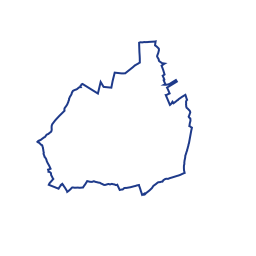 Varsolt, Salaj, Romania, rotated 120°
{"feature_id": "2599482B93915218658346", "entity_name": "Varsolt", "entity_type": "district", "adm_level": 2, "iso_a3": "ROU", "parent_name": "Romania", "parent_adm1": "Salaj", "projection": "robinson", "projection_center": [22.94, 47.205], "detail": "fine", "context": "isolated", "style": "outline", "palette": "blue", "viewbox_px": 256, "rotation_deg": 120, "n_neighbors": 0, "source": "geoboundaries", "source_scale": "gbopen_adm2", "svg_char_len": 5791}
<svg xmlns="http://www.w3.org/2000/svg" viewBox="0 0 256 256"><g transform="rotate(120 128 128)"><path d="M216.8,168.2L215.9,162.1L215.7,160.9L215.7,160.3L215.6,159.9L215.5,159.5L215.4,158.9L215.4,158.4L215.3,157.8L213.9,157.8L210.9,157.5L210.8,157.4L210.7,157.6L209.2,157.0L209.5,156.4L209.7,155.7L210.1,155.2L210.4,154.5L210.6,154.2L210.8,153.7L211.1,153.0L212.9,149.7L213.2,149.2L213.5,148.9L213.7,148.7L212.2,148.0L211.0,147.6L209.7,147.2L207.6,146.7L207.3,146.4L206.8,145.4L206.4,144.3L204.6,141.5L204.3,140.7L204.1,140.3L203.9,139.9L202.0,137.2L201.1,137.2L199.9,137.1L199.4,137.1L198.5,136.9L198.1,136.9L197.1,136.9L195.6,136.8L194.4,136.8L194.0,135.5L193.7,134.4L193.5,133.8L193.0,132.9L192.7,132.3L192.3,131.9L191.2,131.0L191.0,130.0L191.0,129.5L190.8,128.9L190.6,128.2L190.2,127.0L190.2,126.6L189.7,125.5L189.5,124.9L189.5,124.6L189.5,123.8L189.6,123.2L189.4,122.5L189.3,121.9L189.4,121.5L189.3,120.4L189.1,119.9L188.8,119.4L187.9,118.5L187.4,118.1L187.2,117.9L186.4,117.1L186.1,116.6L186.0,115.8L185.8,115.3L184.5,114.1L184.3,113.5L184.2,112.9L183.9,112.1L183.6,111.4L183.6,110.3L183.3,109.6L183.0,109.2L182.5,108.9L185.8,104.2L184.5,102.8L184.1,102.1L183.8,101.8L182.8,101.5L182.1,101.3L181.8,101.1L181.2,100.3L180.7,99.4L179.1,97.5L178.2,96.4L176.4,94.6L175.3,93.5L174.5,92.6L173.3,91.6L171.9,90.0L172.6,89.4L173.3,88.5L174.4,87.2L176.4,85.1L177.3,84.0L178.6,82.7L178.9,82.3L176.8,81.1L177.6,80.6L177.4,80.4L177.1,80.2L176.2,80.0L175.3,79.8L171.9,78.4L170.4,77.9L169.3,77.6L168.4,77.3L167.6,77.2L165.5,77.1L165.2,77.0L164.2,76.5L163.4,76.2L162.6,75.8L162.0,75.6L160.2,74.9L159.6,74.3L158.7,73.0L157.8,72.3L157.4,71.8L157.3,71.4L157.1,71.3L155.6,71.3L155.1,71.1L154.5,70.7L153.8,70.4L153.2,69.9L152.7,69.3L152.4,68.6L152.0,67.9L151.5,67.4L151.2,67.3L150.7,66.9L148.8,65.1L146.1,62.6L145.0,61.6L144.1,60.7L143.4,60.1L142.7,59.5L141.9,58.9L140.7,58.1L138.8,56.7L138.6,56.5L137.5,57.5L136.8,58.2L135.3,59.2L134.7,59.6L133.6,60.2L133.1,60.5L132.2,60.9L131.0,61.2L129.9,61.9L127.8,62.8L126.2,63.3L124.8,63.8L124.0,64.2L123.1,64.6L122.1,64.7L121.1,65.0L120.7,65.0L119.8,65.3L117.8,65.6L117.0,66.0L116.1,66.1L115.2,66.4L112.8,67.0L112.2,67.3L110.7,67.6L98.7,71.9L96.7,72.5L95.9,72.8L96.0,73.0L95.6,74.5L95.6,75.2L95.7,75.8L92.8,76.9L90.6,77.5L89.9,77.9L89.3,78.3L88.6,78.8L88.5,79.2L88.5,79.8L88.3,80.2L88.2,80.6L87.9,81.1L87.5,81.2L87.1,81.2L86.6,81.2L86.0,81.4L84.8,81.6L83.3,81.9L82.6,82.6L82.2,83.2L81.4,85.9L81.1,87.5L80.8,87.8L80.5,88.0L80.2,88.4L79.9,88.6L79.5,88.8L79.2,89.0L78.8,89.4L77.7,89.9L76.5,90.7L76.1,90.9L75.1,91.1L74.7,91.1L74.1,90.9L72.8,92.5L72.2,93.1L71.7,93.6L70.6,94.9L74.2,96.9L75.3,97.4L77.8,98.6L78.3,98.7L78.6,98.7L78.9,98.8L79.2,99.1L81.9,100.1L82.2,100.2L82.6,100.5L83.2,100.7L83.8,100.9L84.0,101.0L84.0,101.3L83.8,101.6L83.2,102.1L83.0,102.6L83.6,102.6L85.8,102.8L87.1,103.2L87.0,103.4L86.7,103.7L82.5,109.2L81.8,110.2L81.5,110.5L81.3,110.8L80.6,111.7L80.4,111.4L80.2,111.2L79.9,111.0L79.2,110.6L78.6,110.2L78.2,110.0L77.5,109.3L77.3,109.2L74.7,112.6L73.5,114.4L69.1,112.0L63.4,108.9L62.5,110.5L65.6,112.2L67.7,113.3L69.0,114.0L70.3,115.1L71.4,116.5L72.1,117.6L72.3,118.1L72.4,118.3L71.3,117.6L70.1,119.3L68.9,120.9L68.7,120.7L68.3,120.6L68.1,120.6L67.8,120.8L67.1,121.8L66.5,122.5L66.2,123.0L65.4,124.1L63.4,123.1L60.1,126.6L57.2,130.1L56.0,129.5L54.6,128.9L53.9,128.5L54.4,129.8L54.8,130.8L54.8,131.1L54.6,133.3L54.5,134.4L54.2,134.9L53.7,135.4L53.2,135.7L52.8,136.4L52.4,137.0L52.3,137.4L52.0,137.8L51.5,138.5L51.3,138.7L50.9,138.8L50.1,139.0L48.0,139.3L47.0,139.6L45.2,140.1L44.6,140.5L44.0,140.9L43.8,141.1L43.7,141.6L43.5,142.3L43.1,144.0L43.0,144.7L43.0,145.3L42.9,145.9L41.0,146.7L39.5,147.3L39.2,147.4L39.9,148.2L40.2,148.7L43.3,153.4L43.6,153.7L45.2,156.3L45.3,156.7L46.0,157.6L46.7,158.4L47.1,159.2L47.6,160.2L48.0,160.5L48.6,161.0L50.9,159.6L56.5,156.1L59.8,153.9L62.0,152.5L65.4,150.5L65.5,150.6L67.5,151.6L68.9,152.5L70.0,153.0L70.2,153.3L72.7,154.1L82.1,157.8L83.9,160.8L86.7,167.2L95.0,164.8L101.4,162.6L104.6,169.7L101.8,174.7L113.2,171.3L112.6,189.4L112.9,189.6L113.2,189.6L113.4,189.8L113.5,190.0L113.8,190.0L114.2,190.0L115.0,190.0L115.3,190.1L115.5,190.2L115.8,190.1L116.1,189.9L116.3,189.5L116.6,190.0L116.9,190.3L117.5,190.8L118.7,191.2L119.2,191.4L119.6,191.5L120.6,192.1L121.0,192.6L121.3,192.8L122.1,193.4L122.5,193.7L123.3,194.2L123.6,194.3L124.6,194.2L124.8,194.3L125.7,194.2L126.6,193.9L127.5,193.8L128.1,193.8L128.7,193.8L129.4,193.9L130.0,193.9L130.7,193.8L131.3,193.7L132.1,193.7L132.3,193.6L132.5,193.4L133.2,193.1L133.6,193.1L133.9,193.1L134.4,193.0L135.4,192.7L135.8,192.7L138.1,192.4L140.0,192.5L140.7,192.6L141.7,192.7L142.5,192.8L143.0,192.7L143.6,192.4L144.2,192.1L144.8,191.6L151.7,193.5L156.0,194.5L158.0,194.9L162.6,195.5L164.2,195.2L165.4,194.6L166.3,194.1L167.1,193.5L167.9,193.1L169.0,192.8L169.5,192.7L170.4,193.0L171.7,193.6L172.5,193.8L173.0,194.0L173.8,194.7L174.3,195.0L175.0,195.2L175.6,195.3L176.6,195.3L177.5,195.5L178.3,196.1L178.6,196.3L179.1,196.4L180.3,197.0L180.7,197.1L182.3,197.8L182.6,198.2L183.1,198.6L183.4,198.6L183.7,199.0L184.2,199.3L184.6,199.3L185.3,199.5L185.4,199.1L185.3,198.6L185.3,198.1L185.3,197.7L185.3,197.2L185.4,196.9L185.5,196.5L186.0,194.7L185.9,194.5L185.8,194.1L186.0,193.5L186.9,192.7L187.2,192.3L187.5,191.9L188.0,191.5L188.4,191.3L188.8,190.8L189.4,190.4L190.0,189.9L191.1,189.0L191.3,188.7L191.9,188.4L192.3,188.4L192.8,188.0L193.9,186.6L194.7,185.9L194.8,185.3L195.0,184.9L195.6,183.7L196.2,182.9L197.4,181.7L198.6,179.9L200.0,177.5L202.0,174.7L202.6,175.1L204.0,176.4L204.9,175.4L205.2,175.3L205.6,175.0L205.4,174.8L205.4,174.5L205.3,173.2L205.4,172.6L205.8,172.0L206.7,171.4L207.1,171.1L207.4,170.8L208.0,169.6L208.5,169.0L209.2,167.9L209.5,167.2L212.0,167.7L213.4,168.0L214.8,168.3L215.8,168.3L216.8,168.2Z" fill="none" stroke="#1e3a8a" stroke-width="2"/></g></svg>